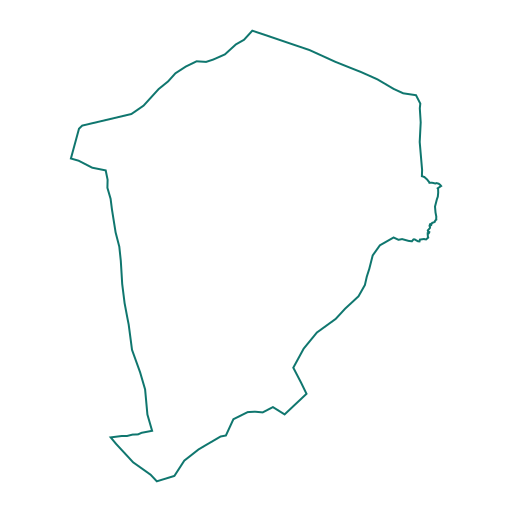 the district of Gwer West, Benue, Nigeria
{"feature_id": "59680162B25446485561557", "entity_name": "Gwer West", "entity_type": "district", "adm_level": 2, "iso_a3": "NGA", "parent_name": "Nigeria", "parent_adm1": "Benue", "projection": "orthographic", "projection_center": [8.277, 7.602], "detail": "fine", "context": "isolated", "style": "outline", "palette": "teal", "viewbox_px": 512, "rotation_deg": 0, "n_neighbors": 0, "source": "geoboundaries", "source_scale": "gbopen_adm2", "svg_char_len": 1984}
<svg xmlns="http://www.w3.org/2000/svg" viewBox="0 0 512 512"><path d="M70.9,158.5L78.6,160.7L92.2,167.7L105.7,170.4L107.6,179.8L107.4,187.8L110.6,198.8L111.9,209.1L115.6,232.4L119.3,246.7L120.8,260.9L121.5,272.3L122.2,284.0L124.6,303.2L127.2,317.0L128.7,324.7L130.9,341.3L132.0,349.8L140.1,372.3L145.1,389.4L147.4,414.5L152.1,430.8L141.6,432.8L138.0,434.4L132.5,434.6L127.0,436.0L121.7,436.0L110.7,437.4L115.9,443.7L133.1,462.3L150.7,474.8L156.8,481.3L174.4,475.9L184.3,460.6L198.6,449.4L205.0,445.6L220.6,436.5L225.9,435.5L233.4,419.2L247.7,412.1L254.9,411.7L262.7,412.4L272.9,407.1L284.6,414.4L306.5,393.8L301.0,382.5L293.3,367.7L303.7,348.6L316.9,332.5L335.7,318.9L345.2,308.6L347.8,306.2L358.5,296.3L364.9,285.0L366.8,276.6L369.3,268.8L372.7,255.4L379.9,245.3L393.6,237.5L398.5,239.8L402.1,239.1L408.6,240.9L411.9,241.3L413.5,239.4L414.7,239.4L416.0,240.2L418.0,241.3L419.5,241.4L419.9,239.6L424.1,239.0L424.9,239.3L426.2,239.4L427.1,238.5L428.2,237.6L427.9,236.6L427.7,234.6L427.7,233.4L428.5,233.5L429.1,232.7L429.3,232.1L428.1,231.5L427.8,230.4L428.5,229.7L429.9,228.0L430.1,226.9L429.5,225.9L429.9,224.7L430.8,224.9L430.7,224.2L431.3,224.3L431.3,223.7L431.6,223.4L432.0,223.3L432.3,222.8L433.7,222.4L434.8,221.8L434.9,221.1L435.4,220.6L435.7,220.0L436.3,219.6L436.2,218.6L436.3,216.7L435.5,212.4L435.0,206.6L436.9,199.2L437.8,196.7L438.2,192.7L438.1,188.9L437.7,188.3L441.1,186.0L440.2,184.9L438.7,183.7L436.5,183.1L435.3,183.5L432.9,182.9L431.6,182.7L429.4,182.8L429.1,182.0L428.1,180.8L427.2,179.6L426.9,179.3L424.9,177.5L424.4,177.0L424.1,177.0L423.0,176.5L421.9,176.2L422.1,170.0L419.7,142.0L420.7,122.4L419.8,108.3L420.3,103.6L416.0,95.2L403.2,93.3L393.6,88.9L377.5,79.4L361.4,72.2L351.3,68.2L335.5,61.9L309.6,50.1L287.2,42.5L274.3,38.1L252.3,30.7L244.0,39.8L235.9,44.4L224.9,54.4L213.1,59.6L206.1,61.9L196.6,61.3L185.9,66.5L175.4,73.3L168.1,81.4L158.7,89.0L143.6,105.6L131.4,114.0L82.2,125.6L79.0,128.7L70.9,158.5Z" fill="none" stroke="#0f766e" stroke-width="2"/></svg>